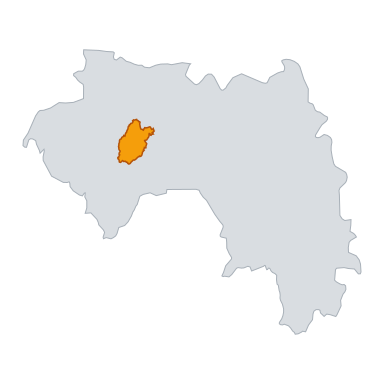 Pita, Pita, Guinea (highlighted)
{"feature_id": "49546643B45846614697329", "entity_name": "Pita", "entity_type": "district", "adm_level": 2, "iso_a3": "GIN", "parent_name": "Guinea", "parent_adm1": "Pita", "projection": "robinson", "projection_center": [-12.584, 10.91], "detail": "fine", "context": "in_parent", "style": "filled", "palette": "amber", "viewbox_px": 384, "rotation_deg": 0, "n_neighbors": 0, "source": "geoboundaries", "source_scale": "gbopen_adm2", "svg_char_len": 6418}
<svg xmlns="http://www.w3.org/2000/svg" viewBox="0 0 384 384"><path d="M241.6,268.1L238.0,267.6L236.5,268.3L231.8,274.5L229.0,276.9L224.6,276.2L223.1,276.6L221.9,275.9L223.5,272.5L225.7,265.8L231.5,259.0L231.6,257.5L229.2,253.6L226.8,248.2L226.7,242.4L226.3,238.2L221.2,237.0L220.3,236.3L220.1,234.9L223.0,227.6L223.2,226.2L222.8,224.9L219.7,221.2L214.8,214.3L206.5,200.3L203.3,197.3L200.3,193.0L199.2,190.3L196.1,189.3L166.9,189.5L166.3,193.2L156.3,195.6L150.1,192.8L143.2,194.4L139.8,196.3L137.2,204.5L135.8,206.3L134.3,209.9L132.9,212.0L131.4,216.0L128.1,221.8L124.7,225.5L118.8,227.5L117.0,233.6L115.7,235.9L113.4,237.6L111.0,238.8L106.2,237.6L103.5,238.7L103.1,237.2L104.6,232.4L103.4,229.9L98.8,224.9L98.3,222.5L96.9,219.3L90.9,212.9L85.2,213.3L86.8,207.9L86.8,200.8L84.8,196.9L85.3,192.9L84.3,193.1L82.4,195.9L79.4,195.0L73.2,190.8L70.1,186.6L69.8,183.1L69.1,181.8L67.2,182.5L63.3,182.4L51.6,176.2L43.2,160.5L43.1,156.9L44.3,150.8L44.0,149.2L40.1,153.2L39.4,150.5L36.5,144.2L35.7,140.6L32.8,139.0L30.6,138.7L28.8,139.9L26.5,147.3L24.8,147.2L23.0,145.6L23.4,140.1L28.0,133.2L35.6,115.9L38.3,111.9L40.0,110.5L43.6,110.3L50.5,108.0L59.1,102.6L65.6,103.0L73.4,102.4L83.5,98.6L83.6,87.0L83.2,84.4L79.7,82.0L77.6,80.0L75.8,77.4L73.6,75.6L73.7,73.7L78.2,71.2L82.3,71.2L83.6,70.2L84.6,68.6L85.8,64.4L86.2,59.9L83.5,54.0L83.7,49.8L98.5,50.4L106.6,51.5L113.2,51.9L114.3,52.8L113.4,56.9L114.2,59.3L116.5,60.0L120.2,57.1L122.1,57.8L126.3,61.3L130.1,62.3L134.3,64.2L138.3,65.3L141.8,65.2L144.5,67.2L149.4,67.8L155.8,65.2L160.8,64.1L167.8,63.9L171.5,64.7L182.2,62.7L190.6,63.8L189.3,65.2L185.5,74.5L185.9,76.2L194.5,84.1L196.5,84.7L198.9,83.6L202.5,79.9L205.4,76.0L208.2,74.1L211.5,74.2L214.1,77.0L220.2,88.7L221.8,90.2L223.2,90.1L225.9,87.9L227.2,85.4L232.9,77.7L241.6,73.8L262.4,82.7L265.4,83.3L267.2,82.7L269.8,77.4L277.6,73.0L281.4,71.7L283.5,71.6L284.3,70.1L284.7,68.0L284.3,65.8L281.9,61.8L281.8,60.7L283.2,59.9L286.1,59.3L290.0,59.7L294.3,61.4L297.9,63.9L299.9,66.8L303.8,79.2L308.3,88.9L308.1,101.9L310.1,103.2L312.2,103.8L313.2,104.8L315.3,110.2L317.4,111.7L319.8,112.1L324.3,115.5L327.2,116.9L327.6,117.9L327.5,119.3L326.4,121.1L322.0,124.7L319.9,127.8L315.5,135.1L315.4,136.5L316.3,137.5L318.1,137.7L320.1,137.2L324.1,134.5L327.4,135.4L330.4,137.5L331.6,139.6L331.9,142.4L331.2,146.0L331.1,150.1L332.2,156.9L333.8,163.8L335.4,166.3L345.7,172.4L346.7,174.6L347.2,177.2L346.5,180.7L345.5,182.6L339.9,188.0L339.0,190.5L339.4,195.3L339.9,215.4L342.1,218.8L344.8,220.5L351.0,219.6L350.8,225.2L350.0,231.4L353.6,233.4L355.4,235.3L356.4,237.0L350.7,240.4L349.1,242.3L348.3,247.5L348.5,252.4L356.2,255.8L359.2,259.9L360.5,264.1L361.0,272.0L360.3,273.8L358.3,273.8L354.4,269.0L348.5,268.5L344.1,267.6L336.7,268.2L335.5,269.6L334.6,280.2L336.4,281.9L339.9,283.9L342.2,284.8L344.1,284.5L345.6,285.8L345.9,289.3L344.9,291.8L343.0,294.2L340.6,300.3L341.1,305.9L337.0,314.7L335.8,316.5L330.3,314.7L326.7,314.1L324.1,316.4L320.5,312.9L319.9,310.2L318.6,309.6L316.1,309.6L313.9,311.2L313.0,314.0L312.5,319.7L308.5,325.1L305.6,331.8L302.4,331.2L301.7,332.0L298.2,333.8L295.2,334.2L294.4,332.4L292.6,331.0L290.7,328.1L288.5,325.8L284.2,324.2L282.6,324.9L280.6,324.7L279.3,323.8L279.4,322.4L281.7,318.9L282.9,315.7L283.6,312.2L283.6,308.8L282.4,304.1L280.5,300.3L280.0,298.1L280.2,295.1L279.8,292.2L279.2,290.7L278.3,285.2L277.1,284.2L276.5,279.8L276.7,275.3L275.0,273.6L272.5,272.4L270.9,270.7L270.0,268.7L269.1,268.1L268.3,268.2L267.6,269.5L266.7,269.7L265.2,265.5L264.6,265.4L263.5,266.3L251.6,271.0L250.1,267.0L247.8,266.3L243.9,267.9L241.6,268.1Z" fill="#d9dde1" stroke="#a8b0b8" stroke-width="1"/><path d="M153.2,128.5L152.8,129.0L151.9,129.5L151.5,129.2L151.0,128.3L150.6,127.3L150.1,126.9L149.4,126.9L147.9,127.5L145.9,127.9L145.3,127.8L145.1,127.6L144.7,127.6L144.5,128.0L144.2,128.5L143.9,128.8L143.7,129.6L143.3,130.2L142.8,129.9L142.7,129.8L142.4,129.4L141.9,129.3L141.5,129.3L141.0,129.1L140.8,128.9L140.6,128.3L140.5,128.0L140.4,127.6L140.3,127.0L140.2,126.7L140.0,126.1L140.0,125.3L139.8,124.9L139.7,124.2L139.7,123.6L140.0,122.7L140.0,122.1L139.5,121.6L138.8,121.7L138.5,121.1L138.0,120.6L137.4,120.5L137.0,120.2L136.7,119.4L136.2,119.4L135.5,119.8L135.1,119.9L134.9,119.9L134.2,120.2L133.6,119.9L133.5,120.1L133.2,120.5L132.7,120.5L132.5,120.8L132.7,121.1L132.9,121.2L133.1,121.4L132.9,121.9L132.7,122.3L132.3,122.9L131.7,123.3L131.1,123.4L130.6,123.5L130.3,124.4L130.1,124.6L129.8,124.7L129.4,124.7L129.3,124.9L129.3,125.5L129.2,125.9L128.8,125.9L128.4,126.4L128.2,126.8L128.1,127.3L128.1,127.7L128.0,128.4L127.8,129.2L127.2,130.1L127.2,130.5L126.6,131.2L126.7,131.6L126.6,132.2L126.3,132.7L125.7,133.0L125.6,133.5L125.3,134.1L125.1,135.6L124.9,136.1L124.0,135.5L123.7,135.4L123.4,136.5L122.0,137.2L121.6,137.7L121.5,138.3L121.2,138.9L120.0,139.4L119.5,140.3L119.4,142.4L118.8,144.0L118.9,145.1L118.5,146.4L118.6,146.9L118.9,147.2L118.7,147.6L119.0,149.6L119.5,150.3L119.8,150.6L120.1,151.1L119.9,151.9L119.3,152.7L119.1,153.3L119.1,154.4L119.6,154.6L119.7,154.9L118.9,156.3L118.6,157.5L118.4,157.5L118.3,157.2L118.1,157.2L117.8,157.7L117.9,158.5L118.2,159.1L118.7,159.4L119.0,160.0L119.2,160.5L119.2,161.4L119.4,162.1L120.5,162.4L120.8,162.2L121.6,161.6L122.4,160.6L122.8,160.7L123.2,161.0L123.6,161.5L124.2,161.5L124.8,161.3L125.4,161.3L126.0,161.7L126.2,162.2L127.0,162.2L127.4,162.8L127.7,163.3L128.0,163.2L128.2,163.4L128.3,163.7L128.6,164.0L129.5,163.9L130.0,163.6L130.7,162.8L130.8,162.4L131.3,162.0L133.0,160.3L133.4,160.1L133.6,160.0L134.1,160.0L134.5,160.1L135.0,159.8L136.1,158.9L136.5,158.7L137.2,157.7L137.9,157.2L138.3,156.8L138.8,156.7L139.1,156.3L139.7,156.0L139.9,156.3L140.0,156.5L140.7,156.3L141.3,155.9L141.8,155.2L141.9,154.6L142.2,153.9L142.4,153.1L142.4,152.3L144.1,150.3L143.4,150.1L143.5,149.7L144.2,148.5L144.4,147.5L145.2,147.9L145.9,147.8L145.9,146.1L146.5,144.6L146.7,143.6L145.8,142.5L145.2,141.6L144.7,140.9L144.6,140.5L145.6,140.2L146.5,140.0L146.8,139.8L146.8,139.6L147.7,138.5L147.9,137.9L148.1,137.6L148.5,137.3L148.8,136.6L149.0,135.7L149.0,135.9L149.0,135.7L149.1,135.3L149.1,134.8L149.0,134.1L149.2,133.5L149.4,133.5L149.6,133.6L149.9,133.7L150.0,134.1L150.1,134.3L150.2,134.7L150.3,135.0L150.7,135.2L151.0,135.3L151.2,135.1L151.4,134.9L151.5,134.7L151.9,134.3L153.0,134.1L152.4,133.6L152.2,133.1L152.1,132.6L152.5,132.3L153.0,132.7L153.0,132.4L153.6,131.7L154.1,131.1L153.9,131.0L153.7,129.7L153.4,129.0L153.2,128.5Z" fill="#f59e0b" stroke="#b45309" stroke-width="1.5"/></svg>